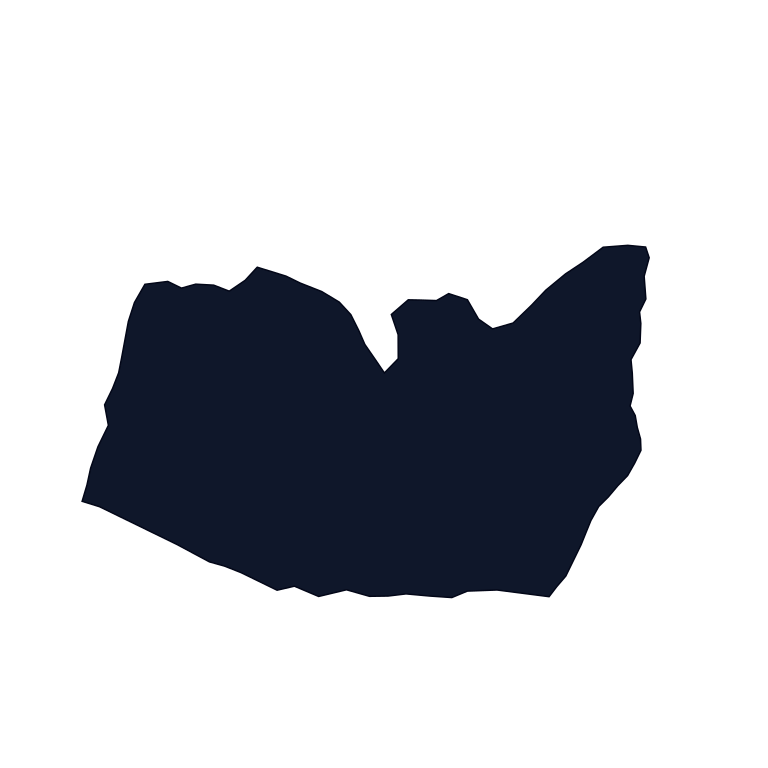 outline of Mandres, Cyprus, rotated 206°
{"feature_id": "46923920B48793600754585", "entity_name": "Mandres", "entity_type": "district", "adm_level": 2, "iso_a3": "CYP", "parent_name": "Cyprus", "parent_adm1": "", "projection": "natural_earth1", "projection_center": [33.81, 35.343], "detail": "fine", "context": "isolated", "style": "filled", "palette": "ink", "viewbox_px": 768, "rotation_deg": 206, "n_neighbors": 0, "source": "geoboundaries", "source_scale": "gbopen_adm2", "svg_char_len": 1299}
<svg xmlns="http://www.w3.org/2000/svg" viewBox="0 0 768 768"><g transform="rotate(206 384 384)"><path d="M142.4,265.2L139.9,277.6L136.4,291.1L136.4,303.6L136.4,315.3L136.4,326.0L137.3,338.6L138.2,352.0L137.3,368.1L132.9,380.7L129.3,395.0L124.9,408.5L124.0,422.8L124.0,437.1L129.3,447.0L137.3,456.0L144.4,465.8L153.2,472.1L155.9,484.7L165.6,502.6L172.7,514.2L171.8,533.1L179.7,551.0L185.9,560.8L185.9,575.2L197.4,594.9L201.0,613.7L208.9,621.8L225.7,615.5L247.0,603.0L258.5,580.6L269.1,562.6L279.7,539.3L285.9,519.6L294.7,495.4L310.6,481.1L327.5,483.8L346.0,496.3L365.5,493.6L373.4,482.0L389.4,474.8L399.1,470.3L407.9,449.7L392.9,434.5L382.3,413.0L388.5,394.1L402.6,402.2L418.6,411.2L430.1,421.0L444.2,431.8L460.1,438.0L480.5,439.8L503.5,438.0L519.4,438.0L549.1,433.4L549.6,431.9L554.2,416.4L563.8,399.6L580.4,398.2L597.0,391.2L608.1,381.4L623.3,381.4L642.6,368.8L644.0,347.8L641.2,328.2L631.5,293.2L627.4,277.8L626.0,261.0L626.0,242.8L613.6,226.0L613.6,202.2L610.8,179.8L606.7,163.0L603.9,146.2L585.9,149.0L562.4,149.0L529.3,149.0L500.2,149.0L462.9,147.6L447.7,150.4L429.8,151.8L411.8,151.8L389.7,151.8L375.9,163.0L349.6,164.4L327.5,182.6L304.0,186.8L287.4,195.2L272.2,205.0L250.1,213.4L229.4,221.8L218.3,234.4L192.1,248.4L142.4,265.2Z" fill="#0f172a" stroke="#020617" stroke-width="1.5"/></g></svg>